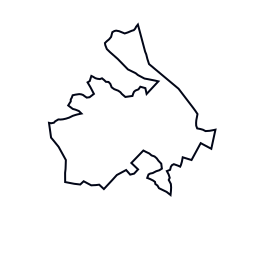 the district of Nossa Senhora de Nazaré, Piauí, Brazil, rotated 133°
{"feature_id": "56859067B20715695803450", "entity_name": "Nossa Senhora de Nazaré", "entity_type": "district", "adm_level": 2, "iso_a3": "BRA", "parent_name": "Brazil", "parent_adm1": "Piauí", "projection": "natural_earth1", "projection_center": [-42.193, -4.64], "detail": "fine", "context": "isolated", "style": "outline", "palette": "ink", "viewbox_px": 256, "rotation_deg": 133, "n_neighbors": 0, "source": "geoboundaries", "source_scale": "gbopen_adm2", "svg_char_len": 2056}
<svg xmlns="http://www.w3.org/2000/svg" viewBox="0 0 256 256"><g transform="rotate(133 128 128)"><path d="M86.4,52.9L69.6,62.9L71.3,64.1L74.4,66.4L77.4,69.2L78.2,72.1L79.4,74.4L81.1,77.1L79.8,79.7L77.8,81.7L75.8,83.3L72.6,85.3L70.4,86.7L69.5,90.5L68.8,94.2L64.8,117.8L66.9,156.2L64.3,160.9L61.7,164.9L60.5,167.5L45.6,191.3L48.4,191.1L50.5,190.5L52.5,190.5L54.4,191.6L58.4,193.4L61.1,194.9L63.3,200.6L64.9,203.1L66.4,204.1L68.6,204.8L72.9,202.5L75.9,202.3L79.1,202.7L81.6,202.8L82.9,201.1L84.7,197.3L84.8,192.9L84.5,182.6L85.2,168.0L82.7,159.8L82.5,156.8L80.6,149.7L78.3,146.1L74.9,140.6L73.2,137.6L90.4,137.6L87.0,142.5L89.4,147.1L92.6,146.7L95.5,148.1L97.4,148.3L99.4,147.6L101.5,146.6L107.1,151.1L107.3,155.7L107.0,158.0L107.4,160.6L109.0,164.6L109.4,167.7L107.8,171.0L107.6,173.6L109.3,175.7L109.2,177.9L109.4,180.9L111.4,181.9L112.9,184.0L113.8,185.8L114.3,188.3L114.9,190.3L119.8,188.0L122.2,188.7L123.8,183.3L126.3,176.2L131.7,177.1L133.9,178.9L134.3,181.4L134.5,183.4L135.3,185.2L136.5,186.8L139.5,189.2L141.8,190.8L144.2,189.8L146.2,189.3L147.6,188.0L149.9,187.6L152.3,187.1L151.7,181.4L150.4,178.9L149.1,175.5L149.2,171.9L152.5,174.2L154.3,175.3L156.8,176.7L160.5,178.1L163.4,179.7L166.0,181.5L167.6,182.9L169.3,184.8L172.7,185.8L174.7,185.8L177.0,187.5L178.1,189.3L187.5,177.7L188.0,173.7L189.1,165.9L193.8,151.6L198.5,147.5L200.6,145.7L203.7,143.4L210.4,137.1L205.5,129.3L201.9,124.4L197.2,124.1L195.0,115.8L191.7,112.6L189.1,110.4L189.1,104.0L176.7,104.0L170.0,104.1L160.0,100.7L160.6,94.6L157.2,92.4L151.4,92.4L151.3,101.7L134.0,101.4L133.2,98.5L132.1,95.0L132.0,92.1L130.7,89.2L130.6,86.3L131.2,83.4L131.4,79.4L134.6,75.5L137.6,76.3L140.4,77.9L144.1,79.2L146.2,80.7L148.0,81.3L151.4,79.9L150.3,77.2L149.3,73.8L149.0,71.5L150.3,69.8L150.0,67.2L150.9,64.3L148.4,56.2L148.0,51.2L144.7,53.7L142.0,56.0L139.7,58.5L138.2,62.8L136.0,63.5L134.3,66.5L133.0,70.2L129.9,68.7L127.1,70.2L125.2,70.5L123.2,69.8L121.5,65.9L120.7,63.5L118.9,64.1L115.9,65.6L112.1,68.0L108.1,59.7L89.5,64.5L86.4,52.9Z" fill="none" stroke="#020617" stroke-width="2"/></g></svg>